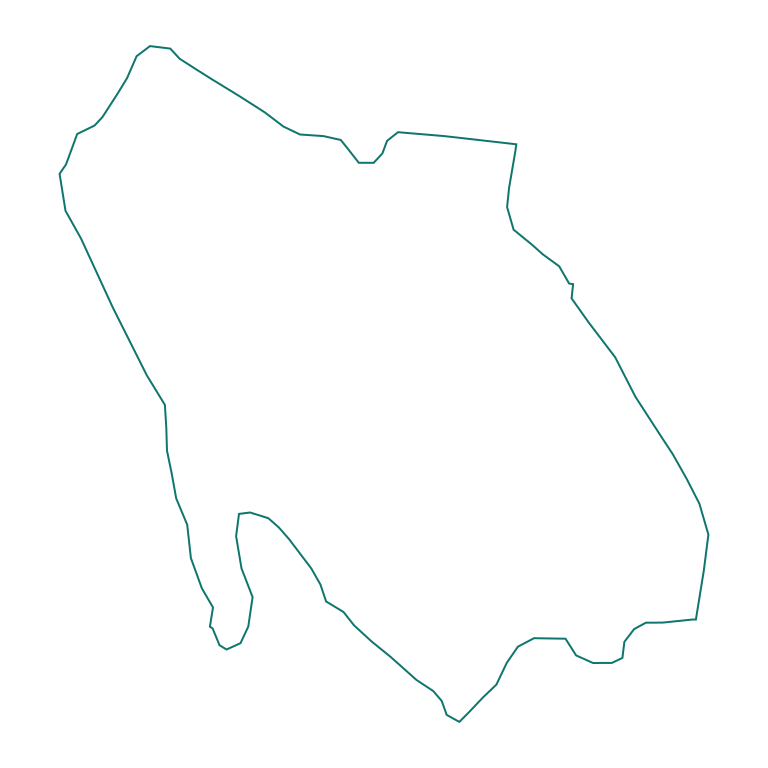 the district of Kalix, Norrbotten, Sweden
{"feature_id": "70781695B60696857291405", "entity_name": "Kalix", "entity_type": "district", "adm_level": 2, "iso_a3": "SWE", "parent_name": "Sweden", "parent_adm1": "Norrbotten", "projection": "albers", "projection_center": [22.934, 65.977], "detail": "fine", "context": "isolated", "style": "outline", "palette": "teal", "viewbox_px": 768, "rotation_deg": 0, "n_neighbors": 0, "source": "geoboundaries", "source_scale": "gbopen_adm2", "svg_char_len": 1371}
<svg xmlns="http://www.w3.org/2000/svg" viewBox="0 0 768 768"><path d="M516.3,144.3L444.3,136.1L398.0,132.2L387.1,140.8L382.4,153.4L373.7,162.8L358.8,162.8L347.8,148.7L340.8,140.0L323.5,136.1L300.0,134.5L283.5,126.6L264.8,112.4L239.0,95.9L213.2,80.1L196.8,69.8L179.7,58.8L170.3,48.6L150.0,46.1L136.6,56.2L127.1,78.0L117.6,93.6L102.5,117.0L94.6,125.5L77.2,134.0L66.0,164.5L60.1,173.0L59.6,173.9L65.5,210.8L81.0,238.5L112.7,307.3L146.9,375.5L164.9,404.9L166.3,427.8L167.0,450.8L171.6,473.0L176.2,498.4L187.2,524.7L190.9,558.1L201.9,588.4L213.0,607.5L209.9,626.7L212.6,628.4L219.5,645.2L226.5,649.5L240.5,643.2L248.3,626.5L252.6,597.1L241.5,568.4L236.1,536.2L239.0,513.9L250.1,512.5L268.3,518.2L278.7,527.3L289.1,539.2L311.4,568.6L320.5,584.7L326.1,601.5L333.1,605.7L343.5,612.0L354.0,625.3L371.5,641.4L390.5,656.8L416.4,679.9L433.3,691.1L441.7,700.9L446.7,714.9L459.3,721.9L468.4,712.8L483.1,697.3L496.4,684.6L506.8,662.8L517.9,646.7L534.0,638.2L565.5,638.7L576.1,655.4L593.0,663.0L611.9,662.9L622.4,657.9L624.4,641.8L634.1,629.1L645.9,622.7L662.7,622.6L692.8,619.5L695.9,619.5L703.8,570.7L708.4,534.6L699.4,503.7L686.8,479.1L672.9,454.4L661.6,437.2L635.3,396.6L615.2,357.3L589.0,322.9L571.6,298.4L573.1,284.2L569.1,283.5L559.2,266.3L543.0,254.5L532.1,244.8L513.6,229.7L507.1,207.1L509.1,187.7L515.4,151.0L516.3,144.3Z" fill="none" stroke="#0f766e" stroke-width="2"/></svg>